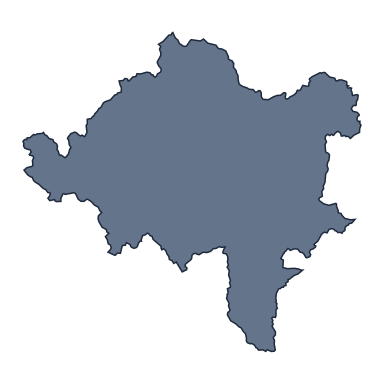 Huancavelica, Huancavelica, Peru
{"feature_id": "86281439B45357472529308", "entity_name": "Huancavelica", "entity_type": "district", "adm_level": 2, "iso_a3": "PER", "parent_name": "Peru", "parent_adm1": "Huancavelica", "projection": "orthographic", "projection_center": [-75.048, -12.773], "detail": "fine", "context": "isolated", "style": "filled", "palette": "slate", "viewbox_px": 384, "rotation_deg": 0, "n_neighbors": 0, "source": "geoboundaries", "source_scale": "gbopen_adm2", "svg_char_len": 5904}
<svg xmlns="http://www.w3.org/2000/svg" viewBox="0 0 384 384"><path d="M360.0,121.3L358.3,121.4L356.8,119.3L357.6,116.5L359.2,115.3L359.0,114.3L357.1,112.3L352.9,111.3L351.3,108.8L352.9,105.9L354.3,105.3L355.5,105.7L356.2,105.0L356.5,101.1L357.6,99.6L358.2,95.4L357.2,94.6L352.5,95.5L351.9,91.9L350.9,90.2L351.6,88.2L350.2,87.7L348.2,88.2L347.5,87.6L347.3,86.8L348.6,85.9L346.6,85.2L346.9,82.4L346.4,81.5L341.5,79.9L338.6,80.0L337.7,80.8L335.8,80.8L334.8,78.2L329.6,77.0L325.1,72.7L323.8,72.4L321.5,73.1L320.1,72.7L312.1,76.7L309.5,78.8L309.4,79.7L310.4,81.1L308.9,82.8L308.8,85.9L307.1,86.3L302.8,85.4L300.5,89.7L298.9,90.6L297.4,90.2L295.9,93.3L293.4,95.3L289.8,97.0L288.4,98.5L286.3,99.1L285.1,97.6L285.9,93.6L285.1,92.7L283.5,92.8L280.7,95.3L277.4,95.4L273.6,96.7L268.4,99.7L262.9,99.3L261.4,96.8L261.2,92.7L260.2,90.8L258.6,90.6L257.0,91.9L255.3,92.2L253.3,89.6L248.9,89.2L247.5,88.1L241.9,86.1L239.2,84.1L238.2,80.0L238.0,75.6L236.4,72.6L236.2,70.8L233.5,67.3L233.7,63.2L232.8,62.5L232.5,61.2L228.4,59.1L228.4,56.6L225.8,51.0L222.0,49.0L219.1,48.7L217.7,47.8L216.1,45.2L207.7,43.1L203.5,39.0L200.4,41.0L191.4,39.7L190.5,40.2L186.6,45.9L185.3,46.4L183.5,46.2L179.5,43.6L177.7,39.9L175.3,38.0L172.8,32.5L171.7,33.4L171.2,34.9L168.9,35.1L163.2,41.4L158.5,44.3L160.8,46.4L159.5,49.1L160.9,53.2L160.6,55.8L157.4,61.6L157.3,62.9L158.8,66.0L160.9,68.4L161.2,70.6L160.3,72.3L157.5,73.8L156.7,76.0L155.0,77.1L154.0,76.6L153.0,74.8L151.7,75.0L150.0,72.7L146.6,72.2L140.7,73.9L137.0,73.7L136.0,76.4L132.7,77.0L129.3,80.8L128.0,80.9L127.6,79.0L124.9,78.5L123.2,80.5L119.1,80.9L119.9,84.4L121.4,87.8L121.2,92.1L117.6,93.0L116.7,94.5L114.7,95.0L110.5,99.8L104.9,101.8L103.2,103.1L101.1,107.2L98.6,108.8L97.6,110.9L94.9,113.7L93.8,116.0L93.1,116.1L91.1,118.5L87.2,119.3L87.3,124.1L86.1,125.5L87.0,132.2L85.0,136.2L84.3,136.6L82.1,135.1L80.7,135.9L79.2,135.3L76.4,132.7L74.7,132.1L70.8,133.7L67.9,137.4L67.5,138.7L68.7,140.0L69.2,144.7L71.0,147.4L69.7,149.2L68.4,154.1L65.5,157.5L64.8,157.6L61.2,155.1L59.4,155.1L58.3,151.3L57.0,149.7L57.5,146.1L56.5,143.8L53.8,142.0L52.9,139.6L49.1,138.6L46.7,135.5L45.0,134.9L43.5,132.4L42.2,133.4L37.3,133.9L34.8,135.0L33.6,134.4L29.9,137.7L27.1,137.9L26.7,139.6L25.3,139.3L24.2,140.0L23.0,141.4L23.8,143.3L23.6,146.0L24.6,148.0L27.3,149.3L30.0,149.7L31.2,152.0L29.2,154.6L29.9,155.3L32.9,155.9L33.7,157.8L32.4,160.6L32.9,165.6L31.5,166.5L26.9,167.7L24.0,170.1L27.7,174.9L30.6,176.9L32.4,177.4L33.5,180.4L35.2,182.1L38.9,184.3L43.0,188.3L45.8,189.7L47.8,192.5L50.1,192.9L50.3,193.8L49.6,196.1L47.9,198.2L49.7,200.6L54.6,199.6L55.2,201.0L56.2,201.6L60.9,201.4L60.9,198.2L62.9,194.0L64.0,193.6L65.2,194.4L74.1,192.7L75.6,193.7L78.2,199.2L80.9,201.3L84.1,201.3L86.6,199.3L87.9,199.4L91.4,201.7L94.4,205.1L98.3,207.2L99.9,210.8L101.7,212.4L98.3,216.0L98.1,219.0L99.1,222.1L102.2,227.3L106.4,229.6L106.8,231.9L108.8,233.2L105.4,236.7L107.3,239.7L108.2,243.8L110.3,244.9L111.2,247.4L110.6,249.4L108.0,252.2L114.8,255.3L115.5,255.1L117.3,253.1L120.4,253.3L122.2,245.9L122.7,245.4L125.3,245.3L126.3,242.6L130.1,244.6L130.8,246.6L131.6,247.2L133.7,248.3L135.9,247.8L137.3,246.6L138.5,243.2L140.0,241.2L141.5,241.2L141.2,239.9L142.6,235.7L145.3,234.8L147.5,233.1L149.0,234.0L150.2,235.7L152.1,236.4L153.1,239.4L161.0,246.2L161.1,248.2L161.9,249.8L163.3,248.8L165.6,250.3L167.0,253.9L168.9,256.7L169.3,259.4L172.3,260.9L173.7,263.4L176.3,262.1L182.2,271.9L186.7,269.7L186.9,267.9L185.2,266.2L185.3,264.3L191.0,259.6L191.8,257.8L191.9,255.4L193.6,253.6L196.2,253.4L197.0,254.2L199.1,254.7L202.9,252.3L207.1,252.5L210.0,251.6L211.7,250.5L212.9,248.8L216.1,248.4L219.3,246.6L221.1,247.3L225.1,247.0L223.5,250.0L222.8,252.6L223.1,253.2L226.2,253.9L227.7,256.4L227.9,259.5L227.4,261.9L228.4,265.2L227.1,267.1L229.3,270.7L228.6,275.0L230.4,280.3L229.5,283.0L230.6,286.0L230.2,287.3L227.4,288.8L228.2,292.9L227.0,294.5L227.3,295.8L226.5,298.3L229.1,303.3L228.5,305.9L230.0,310.0L228.9,311.8L227.9,312.3L227.4,314.8L230.7,320.8L235.8,323.8L239.2,327.0L241.0,327.7L242.8,330.8L245.6,334.0L246.5,338.3L246.3,340.8L247.4,342.7L250.1,343.8L251.9,343.5L254.7,345.3L255.9,347.6L257.1,348.1L258.5,350.1L263.1,349.9L265.7,351.4L267.1,349.8L271.6,351.5L274.4,351.1L275.3,350.0L274.2,344.1L274.5,340.5L273.4,338.0L273.5,337.1L275.4,334.9L275.4,331.7L272.1,326.4L273.2,324.0L272.2,322.3L272.9,320.5L271.7,318.3L272.9,317.1L275.3,317.5L276.0,315.9L276.0,309.8L277.4,308.3L276.5,306.3L276.9,303.5L275.7,302.2L276.3,301.0L275.8,298.0L276.4,293.1L278.8,288.7L280.4,288.6L281.6,287.2L283.4,287.3L284.1,285.9L286.0,285.5L285.8,282.9L288.1,281.6L288.0,279.5L289.3,279.3L293.9,275.6L298.1,273.9L302.6,270.1L300.9,270.1L299.0,269.1L294.3,268.3L287.7,268.7L282.9,267.6L283.3,260.0L280.8,258.7L283.4,253.8L284.2,253.2L284.2,252.3L286.2,250.7L287.7,248.5L288.7,248.8L290.1,250.4L294.5,248.8L297.7,249.1L300.1,252.2L302.1,252.5L303.7,253.7L305.9,257.5L306.8,257.8L309.9,256.6L310.7,254.8L309.4,252.2L310.6,249.7L313.2,248.9L315.5,247.0L315.8,246.0L314.1,245.0L314.1,244.2L317.8,241.2L321.5,234.5L323.5,232.6L324.5,232.2L327.1,232.9L329.0,229.5L331.5,228.6L334.0,229.4L335.1,230.8L336.2,230.8L338.0,232.6L340.1,232.3L342.0,233.3L342.9,231.7L344.6,230.8L345.1,229.8L344.9,228.0L346.5,225.7L348.4,225.1L349.1,223.6L351.7,223.1L355.0,219.4L350.7,219.8L344.9,218.5L341.9,215.3L341.2,213.6L338.3,212.7L338.2,210.6L336.5,206.2L336.5,204.0L335.8,203.4L328.8,205.3L323.7,203.8L319.6,200.8L318.7,199.2L319.5,197.8L322.3,196.3L321.8,191.3L323.6,188.9L323.3,186.2L325.0,182.2L325.7,173.9L327.6,171.1L328.2,169.0L327.1,165.5L327.7,162.3L328.9,160.2L329.5,155.1L328.7,153.6L325.6,151.9L325.1,144.3L326.5,142.0L325.2,138.7L325.5,136.1L327.8,134.3L329.6,135.6L331.7,134.2L333.0,135.3L333.9,135.1L335.2,133.1L337.8,131.3L340.3,133.0L341.4,136.1L344.9,135.6L346.0,136.6L347.3,136.3L348.6,136.7L350.4,138.5L353.9,135.2L359.5,132.4L359.8,128.3L361.0,125.2L359.7,123.1L360.0,121.3Z" fill="#64748b" stroke="#1e293b" stroke-width="1.5"/></svg>